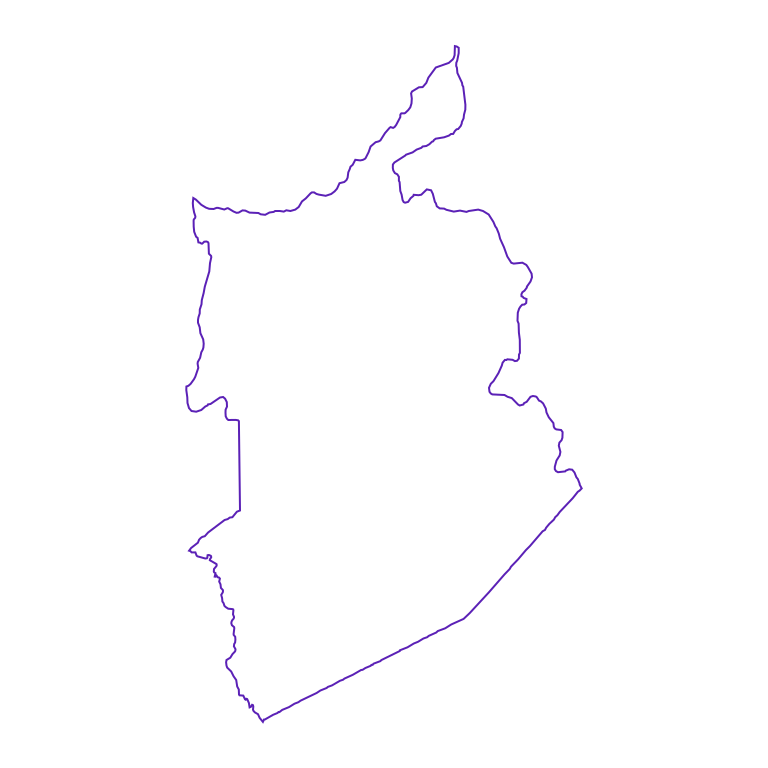 outline of Los Amates, Izabal, Guatemala
{"feature_id": "79465075B97671971478727", "entity_name": "Los Amates", "entity_type": "district", "adm_level": 2, "iso_a3": "GTM", "parent_name": "Guatemala", "parent_adm1": "Izabal", "projection": "equal_earth", "projection_center": [-89.106, 15.292], "detail": "fine", "context": "isolated", "style": "outline", "palette": "violet", "viewbox_px": 768, "rotation_deg": 0, "n_neighbors": 0, "source": "geoboundaries", "source_scale": "gbopen_adm2", "svg_char_len": 6102}
<svg xmlns="http://www.w3.org/2000/svg" viewBox="0 0 768 768"><path d="M186.4,386.5L186.3,390.1L187.3,397.3L187.5,403.0L189.0,408.1L191.5,411.0L196.2,411.7L201.3,410.0L205.3,406.5L207.6,405.4L208.0,404.4L210.5,404.0L220.0,397.5L223.1,397.0L225.1,398.7L226.8,402.1L227.0,406.6L225.6,409.7L225.5,412.6L225.7,416.3L226.9,418.7L228.3,420.0L235.6,419.9L238.1,420.3L238.9,421.2L240.0,510.5L236.9,511.7L232.4,517.2L229.7,517.6L227.7,519.1L224.6,520.0L208.1,532.5L204.8,536.2L202.3,536.9L200.8,537.9L199.1,539.7L197.9,542.7L191.1,548.0L189.1,550.7L190.4,551.1L191.6,552.4L195.4,552.4L196.6,555.6L197.4,556.3L205.3,558.5L206.9,558.3L207.3,557.8L207.6,555.2L208.9,555.0L210.6,555.7L211.1,556.2L211.2,557.4L210.0,559.1L209.8,560.2L216.5,564.1L216.7,565.1L216.4,566.1L214.0,569.0L213.8,571.6L214.1,572.3L215.5,573.2L214.7,576.6L215.5,576.7L216.6,575.6L217.6,577.2L219.1,577.6L219.9,578.6L219.2,581.6L220.5,584.3L220.9,587.9L222.9,590.1L223.0,591.0L222.8,592.3L221.2,594.9L222.1,598.1L222.4,601.5L223.6,603.2L224.4,605.8L225.6,607.0L228.2,608.7L232.4,609.1L233.2,609.4L233.4,610.2L233.0,614.4L234.0,616.8L234.0,617.7L233.5,618.8L232.1,620.4L231.5,621.9L231.3,623.2L231.9,625.2L234.1,627.1L234.3,628.2L233.6,634.0L233.7,634.9L235.2,636.8L235.4,639.6L235.1,642.5L234.2,644.0L233.9,646.3L235.5,649.2L235.3,650.8L234.9,651.6L232.5,654.1L230.3,657.7L226.5,660.0L226.1,662.3L226.5,665.6L227.2,667.6L231.2,671.5L233.6,676.3L236.2,680.0L237.2,686.5L238.8,689.5L239.0,694.5L239.5,695.3L243.3,695.6L245.0,699.3L245.7,699.7L246.3,698.8L247.2,699.1L248.9,703.0L249.6,707.4L250.8,706.9L252.1,704.8L253.0,705.2L253.3,706.6L253.0,709.7L253.5,710.9L254.9,712.4L258.0,714.2L259.6,717.8L262.9,721.9L264.0,719.5L264.9,719.5L273.1,714.8L277.5,713.0L278.5,712.0L279.4,712.1L282.2,709.9L289.0,707.1L294.5,703.7L298.4,702.2L300.5,700.7L316.6,693.0L320.4,690.5L326.6,688.0L327.9,686.9L332.0,685.4L339.9,680.8L343.1,679.7L344.4,678.6L352.8,674.8L361.1,670.0L362.6,669.8L365.4,668.0L370.7,665.8L371.4,664.9L372.6,664.9L373.5,663.7L380.4,661.1L381.3,660.1L399.8,651.0L399.9,650.3L407.5,647.3L413.8,643.5L418.0,641.8L423.4,638.5L427.2,637.2L428.7,635.9L436.3,632.5L437.7,631.1L445.2,628.3L451.2,624.5L463.6,618.9L469.7,613.1L489.0,592.2L504.5,574.4L509.7,569.0L511.0,566.7L518.1,559.3L525.9,550.1L529.9,546.1L542.6,531.3L545.0,529.9L546.2,527.6L549.4,523.8L553.9,519.6L555.2,517.2L557.4,515.2L559.7,512.0L572.8,498.1L577.8,491.8L579.6,490.6L581.7,488.4L579.7,484.7L579.6,483.6L577.8,479.0L576.4,477.3L574.5,472.5L572.2,469.7L569.1,469.3L565.9,470.6L565.2,471.4L558.0,472.2L556.0,471.1L554.8,469.2L554.8,466.8L556.5,460.5L559.7,455.4L560.4,451.9L558.8,445.7L559.4,442.6L561.5,440.3L562.4,437.8L562.6,432.1L561.1,430.0L556.3,429.4L554.7,428.4L553.8,426.7L553.4,423.1L548.8,417.3L546.5,412.5L545.8,408.6L543.1,403.4L540.9,401.4L539.0,400.6L536.8,397.2L535.8,396.5L532.9,396.0L530.5,396.8L526.7,401.8L524.0,403.2L523.4,404.5L519.7,405.5L518.0,404.5L511.8,398.1L507.6,396.8L504.5,395.0L492.3,394.4L490.8,393.5L489.5,391.8L489.0,387.8L490.8,383.8L493.5,381.1L498.5,373.0L501.8,365.6L502.6,362.7L504.9,359.9L506.4,360.0L507.3,359.3L512.6,359.8L514.9,361.1L517.0,360.8L518.9,358.6L519.0,354.5L519.9,352.9L519.8,339.8L518.9,332.6L518.6,323.6L517.5,320.8L517.8,312.7L519.1,308.7L520.5,306.5L522.2,304.7L524.4,304.5L526.2,303.0L526.5,299.0L523.6,297.9L522.7,296.7L521.5,296.3L521.4,294.3L522.4,292.2L524.5,290.7L526.8,287.6L526.9,286.6L530.5,281.5L532.0,277.3L531.6,273.7L527.8,267.0L526.3,264.9L522.4,262.7L513.7,263.6L511.3,262.8L507.3,256.5L504.0,247.3L500.1,238.7L498.8,233.6L496.6,228.2L495.3,226.4L493.4,221.9L488.7,214.5L483.0,211.0L478.2,209.6L468.8,211.0L466.5,211.9L460.0,210.6L453.8,211.6L446.4,209.8L444.1,208.6L439.7,208.4L436.8,206.3L435.9,203.3L434.9,201.9L432.8,193.8L431.1,190.3L426.8,189.4L421.3,194.7L418.6,195.2L413.7,194.8L413.4,195.9L410.6,198.2L408.1,201.9L405.1,202.7L403.7,202.1L402.6,200.1L401.6,194.6L400.3,191.0L399.6,182.1L398.9,180.8L398.9,176.8L397.3,174.3L394.9,173.1L393.3,170.5L392.8,167.9L392.9,164.5L394.4,162.5L405.3,155.5L406.0,154.7L412.6,152.4L416.6,149.6L421.4,147.8L422.6,146.5L426.3,146.0L429.4,144.2L432.0,141.7L433.2,141.3L433.9,140.1L435.7,138.7L444.1,137.3L448.9,135.6L451.0,134.0L453.2,133.9L454.9,131.0L456.6,129.3L458.2,129.0L460.7,126.0L461.7,123.6L461.9,122.0L463.6,118.3L464.0,114.7L465.3,109.7L465.4,104.8L463.2,86.6L462.4,85.4L462.0,82.8L457.4,73.0L456.9,67.7L456.2,66.0L456.3,62.8L457.2,60.6L458.7,53.1L458.7,47.8L456.7,46.5L454.9,46.1L454.6,55.2L453.7,57.9L452.8,59.4L448.8,62.9L435.8,67.5L428.4,77.6L426.3,82.9L423.1,86.6L422.6,87.1L418.9,87.3L412.0,91.5L411.1,93.4L411.8,98.5L411.5,103.4L410.3,107.3L408.3,110.0L405.3,112.9L404.5,113.3L401.4,113.3L400.8,113.9L400.3,114.9L400.3,117.1L396.2,124.9L394.6,127.0L393.1,127.9L390.6,127.1L389.6,127.8L385.0,133.1L380.4,140.4L378.7,141.4L375.6,142.2L370.6,146.5L368.6,152.2L365.6,158.1L364.8,158.9L362.8,159.9L360.2,160.4L355.3,159.8L352.7,164.8L350.5,166.7L349.7,169.2L348.3,172.3L347.6,177.7L346.5,180.0L344.3,182.0L339.5,183.2L337.0,188.7L334.6,191.4L331.2,194.0L325.7,195.8L318.8,194.6L316.4,193.9L314.1,192.4L311.9,192.4L310.6,193.3L305.8,198.4L302.0,201.4L298.7,207.0L295.3,209.6L290.4,211.0L286.3,210.3L283.8,211.6L279.9,211.0L275.1,211.0L273.7,211.9L269.5,212.5L265.2,214.8L260.7,214.3L258.4,213.0L249.5,212.6L245.3,210.6L242.5,210.4L238.6,212.6L236.5,212.8L233.5,211.5L228.2,208.3L227.3,208.2L224.3,209.5L218.2,207.9L216.5,207.9L213.6,209.0L209.1,208.8L205.9,207.6L201.3,204.8L195.9,199.6L193.3,198.0L192.8,203.1L193.1,207.0L194.1,212.4L195.4,216.4L195.2,217.8L193.8,219.5L193.6,220.7L193.7,226.6L194.2,231.8L196.1,236.7L197.6,237.9L198.4,242.4L200.1,242.7L201.4,243.6L202.3,243.6L204.2,241.7L206.4,241.5L207.8,242.0L208.5,243.1L208.9,253.7L211.1,255.9L211.3,257.2L210.0,263.1L209.3,271.4L204.8,286.7L203.6,293.2L201.8,300.1L201.5,304.3L199.8,309.5L199.7,313.5L198.5,317.1L198.0,319.9L198.0,322.7L199.7,327.3L200.4,333.2L203.2,339.4L203.7,343.7L203.4,347.5L202.8,349.5L201.3,352.3L200.1,357.8L197.8,362.0L197.6,363.7L198.3,367.9L195.3,376.7L194.0,379.2L190.6,383.9L188.4,385.8L186.4,386.5Z" fill="none" stroke="#5b21b6" stroke-width="2"/></svg>